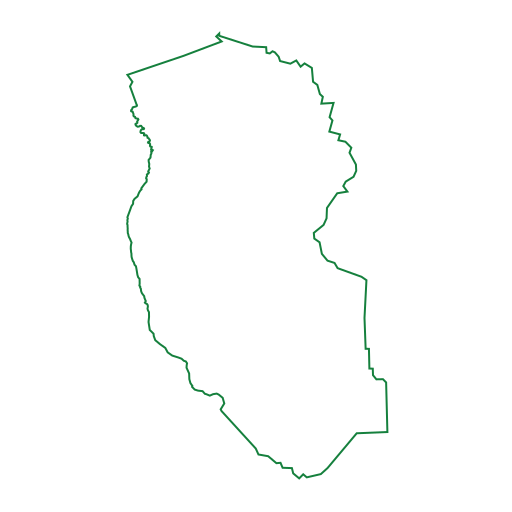 the district of El Dorado, California, United States of America, rotated 89°
{"feature_id": "52423323B41898924582889", "entity_name": "El Dorado", "entity_type": "district", "adm_level": 2, "iso_a3": "USA", "parent_name": "United States of America", "parent_adm1": "California", "projection": "albers", "projection_center": [-120.618, 38.785], "detail": "fine", "context": "isolated", "style": "outline", "palette": "green", "viewbox_px": 512, "rotation_deg": 89, "n_neighbors": 0, "source": "geoboundaries", "source_scale": "gbopen_adm2", "svg_char_len": 3619}
<svg xmlns="http://www.w3.org/2000/svg" viewBox="0 0 512 512"><g transform="rotate(89 256 256)"><path d="M469.3,188.2L435.0,158.4L434.3,127.7L384.7,128.1L381.4,131.2L381.4,137.8L377.2,141.1L370.7,141.2L370.5,144.6L350.8,144.7L350.7,148.0L319.8,148.6L282.1,146.0L278.6,150.9L269.6,174.6L264.3,177.6L261.9,184.6L255.0,190.1L243.4,192.2L239.6,197.4L233.9,197.8L226.1,187.9L219.6,184.8L209.2,184.2L194.7,173.7L193.2,163.5L187.6,167.5L183.2,165.0L178.5,157.1L172.6,154.3L166.3,154.5L154.4,160.7L149.4,158.8L143.3,164.6L141.7,171.6L135.9,169.8L132.9,180.5L121.8,177.2L118.5,180.0L104.3,175.8L104.8,188.0L98.0,186.4L95.2,189.3L86.0,191.7L82.8,195.9L69.9,196.8L68.9,196.9L64.3,204.1L67.5,208.1L61.2,212.3L64.3,218.3L61.5,228.5L57.1,229.9L52.7,233.6L51.6,235.9L53.7,238.7L53.0,241.9L47.4,242.2L46.5,255.7L35.2,288.9L32.9,288.9L35.8,291.9L40.9,286.6L54.6,324.9L72.6,381.4L79.7,376.5L84.2,379.0L102.4,372.8L102.8,372.5L103.7,372.4L104.4,373.4L104.6,374.2L104.9,375.5L105.0,376.0L105.3,376.7L106.0,376.9L107.6,377.7L108.0,378.3L108.9,378.4L109.3,378.0L109.6,376.8L110.6,376.5L111.6,376.1L112.4,376.0L113.5,376.1L114.2,375.8L114.8,374.5L116.1,374.1L116.6,372.4L116.7,371.6L117.4,371.2L118.0,371.5L119.5,372.5L120.2,372.4L120.7,372.3L121.4,373.0L121.5,373.6L121.9,374.2L122.6,374.2L123.6,373.6L124.3,372.7L124.7,371.9L124.4,370.5L123.8,369.6L123.9,368.5L124.7,368.0L125.8,367.1L126.0,366.1L126.7,365.7L127.2,366.0L127.3,367.1L127.1,367.7L127.8,368.6L128.9,369.2L130.1,369.4L131.0,368.7L131.0,368.0L131.1,366.5L131.1,366.1L131.7,365.6L132.4,365.9L133.4,365.9L133.6,365.1L133.3,364.3L133.4,363.4L134.0,362.9L134.8,362.5L135.9,362.4L136.4,361.3L137.1,360.9L137.7,360.4L138.5,360.0L139.3,360.3L139.9,361.0L140.0,361.7L140.8,362.0L141.2,361.4L141.4,360.4L142.3,359.9L144.1,360.1L144.8,359.6L144.8,359.1L145.0,358.4L145.7,358.4L147.4,359.0L148.4,357.3L149.3,357.9L149.2,358.0L149.4,359.0L151.7,358.8L153.0,359.5L154.2,359.6L155.8,359.8L158.1,361.7L159.9,361.6L162.1,361.1L164.7,361.4L166.7,360.8L169.5,362.3L170.7,361.6L171.7,362.2L171.6,362.6L172.7,363.7L174.2,363.6L175.3,364.3L176.5,364.5L177.3,363.9L179.8,364.1L182.0,366.2L184.1,367.8L186.3,369.5L187.4,369.3L188.5,370.5L190.5,371.8L192.1,372.5L194.3,373.4L196.7,376.4L198.8,377.8L201.7,378.0L204.1,379.7L208.1,381.2L212.2,382.8L215.0,383.9L216.4,383.5L217.8,384.0L219.4,383.8L220.6,384.1L221.7,384.3L222.7,383.9L224.7,383.9L226.3,383.8L227.8,383.9L229.0,383.8L230.8,383.8L232.2,383.3L233.5,383.1L234.8,382.7L236.9,381.6L238.6,381.0L240.4,380.2L242.3,380.7L244.1,381.0L246.6,381.1L248.5,380.9L250.0,380.8L251.5,380.5L253.2,380.5L254.8,380.4L256.7,379.9L258.9,379.2L260.1,378.3L262.6,377.6L264.2,376.2L266.5,375.8L268.5,375.5L270.6,375.2L272.8,374.9L275.2,374.2L276.9,372.8L281.7,372.8L283.6,373.1L284.5,372.3L285.5,372.4L286.7,371.7L288.1,371.6L289.4,371.4L291.2,370.7L292.6,369.7L294.2,368.5L295.8,368.3L297.7,367.6L299.1,367.0L299.9,367.4L300.7,367.9L301.3,367.3L302.2,365.7L303.3,365.1L304.8,365.0L306.8,365.4L308.4,365.0L310.3,364.0L315.1,364.0L320.1,364.6L328.1,363.5L331.9,359.8L334.3,359.6L338.4,358.2L342.5,353.5L346.3,348.3L350.8,346.0L354.1,341.5L356.1,335.5L357.4,332.2L359.5,330.0L360.2,328.0L362.1,326.8L363.9,327.2L366.5,327.4L372.3,324.9L378.0,324.8L381.9,323.8L383.6,322.7L384.7,321.9L385.7,322.2L388.5,319.6L389.6,316.3L390.2,311.8L392.9,309.5L393.3,308.1L394.8,304.6L393.4,301.3L392.9,297.7L393.9,295.7L397.2,291.8L402.9,290.3L408.7,294.0L410.5,293.1L448.5,259.6L454.5,257.0L456.4,247.3L463.5,239.2L463.2,235.1L468.2,233.1L468.7,223.8L474.0,222.6L479.1,216.7L475.1,212.6L478.2,209.1L475.2,195.0L469.3,188.2Z" fill="none" stroke="#15803d" stroke-width="2"/></g></svg>